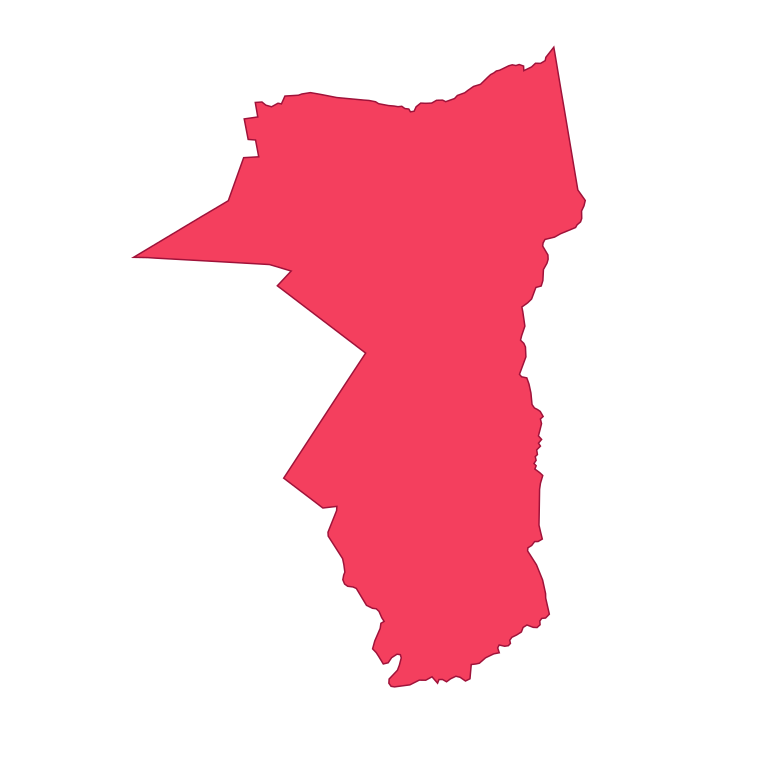 the district of São Luiz, Roraima, Brazil, rotated 351°
{"feature_id": "56859067B55722960817653", "entity_name": "São Luiz", "entity_type": "district", "adm_level": 2, "iso_a3": "BRA", "parent_name": "Brazil", "parent_adm1": "Roraima", "projection": "orthographic", "projection_center": [-60.131, 0.848], "detail": "fine", "context": "isolated", "style": "filled", "palette": "rose", "viewbox_px": 768, "rotation_deg": 351, "n_neighbors": 0, "source": "geoboundaries", "source_scale": "gbopen_adm2", "svg_char_len": 2862}
<svg xmlns="http://www.w3.org/2000/svg" viewBox="0 0 768 768"><g transform="rotate(351 384 384)"><path d="M300.9,85.8L301.1,100.5L287.4,100.3L288.1,121.2L295.3,122.9L295.8,140.0L280.8,138.5L258.9,178.6L254.2,180.5L230.7,189.8L156.5,219.7L170.5,222.2L178.4,224.0L237.2,236.7L289.6,248.1L310.0,257.9L294.0,270.3L370.7,350.6L343.7,380.2L270.2,461.3L285.9,477.7L290.8,482.8L304.2,496.9L318.3,497.5L317.4,501.6L305.5,521.6L305.1,525.5L315.8,550.0L316.1,556.2L315.9,563.7L314.3,566.4L312.7,570.9L313.8,575.4L316.5,578.1L321.6,579.6L324.7,581.6L332.1,599.9L337.5,603.7L341.2,604.8L343.5,607.8L345.2,614.4L347.0,618.5L343.5,619.9L342.0,624.8L334.7,636.3L331.3,643.8L334.3,648.1L336.0,651.9L339.5,660.4L344.5,660.0L348.7,655.5L354.6,652.9L357.8,653.9L358.2,657.2L355.2,664.1L352.5,668.8L342.9,676.2L342.0,680.3L343.7,683.7L347.0,684.8L362.5,685.2L372.5,682.0L378.9,683.1L385.6,680.7L390.1,687.9L392.1,684.5L395.6,685.0L399.2,687.9L403.6,685.6L409.3,683.9L413.3,685.6L418.0,690.1L422.8,688.6L426.3,674.7L431.0,674.9L434.5,674.7L441.5,670.3L450.2,667.7L455.8,667.5L455.0,662.4L456.9,659.8L462.2,661.9L465.9,661.9L468.3,660.0L468.1,656.8L470.6,654.2L475.8,652.6L480.9,650.4L483.3,646.2L487.5,644.4L493.3,647.7L497.1,648.5L500.5,646.2L500.8,642.5L503.1,640.2L507.0,640.4L511.3,637.2L510.2,620.8L510.8,616.3L510.0,602.4L506.3,586.4L499.7,571.3L500.5,568.3L504.6,566.6L508.1,563.2L511.5,563.7L516.1,561.9L515.5,554.9L515.0,547.7L521.2,512.3L523.0,506.5L526.5,499.2L524.1,496.1L519.7,491.6L521.5,488.6L519.7,486.0L522.3,483.2L522.0,479.4L524.5,477.7L524.5,473.0L528.8,469.8L527.3,466.6L531.0,463.4L528.4,459.4L531.2,453.0L533.4,447.8L533.0,443.0L536.1,441.0L534.0,435.5L531.7,433.3L528.8,431.2L527.0,427.4L527.7,415.9L527.2,406.7L526.0,400.3L521.0,398.4L519.3,395.6L521.8,391.2L528.4,379.4L529.5,369.6L528.5,365.8L525.7,362.1L527.5,357.8L532.2,348.9L532.4,334.4L532.2,329.5L538.6,326.3L543.1,323.1L549.1,312.4L554.6,311.8L557.1,306.7L559.4,295.8L563.8,290.3L565.6,286.5L566.1,282.2L562.3,272.6L563.2,269.6L565.6,266.4L575.4,265.6L581.9,263.2L597.7,259.4L599.6,257.0L603.5,254.6L605.2,251.4L606.2,244.0L609.4,239.3L611.5,234.2L605.8,222.7L605.0,137.4L604.8,122.7L604.5,84.3L604.4,77.9L595.0,86.6L593.8,89.8L588.8,91.8L583.8,90.9L579.4,93.9L571.1,96.4L571.6,91.8L567.5,89.6L564.1,90.1L560.6,88.8L557.1,89.2L547.2,92.2L543.9,92.4L541.2,93.9L537.7,95.1L534.4,97.3L526.2,103.1L519.0,104.1L512.8,107.1L509.3,109.0L501.6,110.5L498.3,113.1L489.1,114.8L486.3,112.8L480.3,112.0L475.0,114.0L469.1,113.3L464.2,112.3L459.1,115.2L456.4,119.3L452.7,119.3L451.5,116.3L447.7,115.2L445.0,112.5L441.2,112.3L437.3,111.0L432.0,109.7L422.5,106.3L419.8,103.9L413.5,101.6L408.8,100.5L382.2,93.7L367.7,88.4L362.5,86.6L356.9,84.7L348.2,84.7L344.7,85.4L331.2,84.1L329.0,87.5L326.5,91.3L323.2,90.1L316.3,92.6L310.9,90.1L307.6,86.4L300.9,85.8Z" fill="#f43f5e" stroke="#9f1239" stroke-width="1.5"/></g></svg>